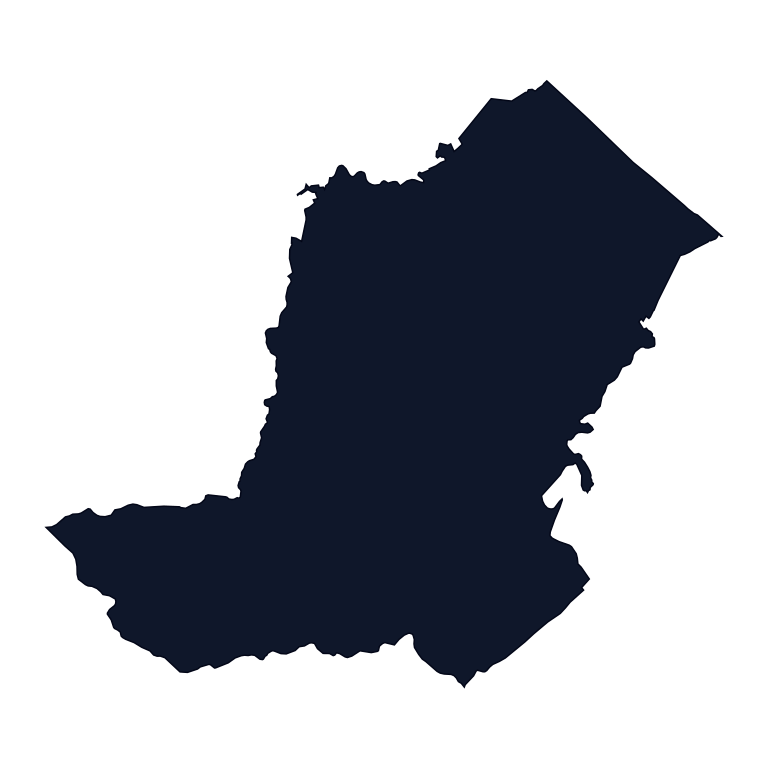 outline of Hai Lang, Quảng Trị, Vietnam
{"feature_id": "81297802B74996211829814", "entity_name": "Hai Lang", "entity_type": "district", "adm_level": 2, "iso_a3": "VNM", "parent_name": "Vietnam", "parent_adm1": "Quảng Trị", "projection": "natural_earth1", "projection_center": [107.247, 16.684], "detail": "fine", "context": "isolated", "style": "filled", "palette": "ink", "viewbox_px": 768, "rotation_deg": 0, "n_neighbors": 0, "source": "geoboundaries", "source_scale": "gbopen_adm2", "svg_char_len": 6099}
<svg xmlns="http://www.w3.org/2000/svg" viewBox="0 0 768 768"><path d="M180.0,671.9L187.5,672.4L197.6,669.0L200.3,666.9L208.7,664.4L210.3,664.6L214.5,668.0L215.6,667.9L228.3,662.8L235.2,657.9L241.3,655.7L244.5,655.2L248.1,655.5L251.4,654.9L254.7,655.3L259.9,659.2L262.5,659.6L263.4,659.1L265.1,656.2L266.7,655.3L267.8,653.3L271.2,651.2L272.6,650.7L274.2,651.0L280.9,653.6L286.2,653.9L295.2,650.5L299.2,646.7L304.5,645.9L309.3,643.1L311.6,642.8L314.5,643.4L317.5,648.7L323.1,653.4L329.6,653.5L333.2,655.6L334.7,655.1L336.5,652.8L339.7,653.6L345.1,656.9L347.4,657.5L351.8,656.1L360.0,650.8L371.3,652.6L377.3,651.4L378.4,650.7L379.3,646.6L379.8,645.8L382.7,643.4L384.9,642.6L394.4,644.9L399.0,639.4L404.3,635.1L408.3,633.3L409.8,633.2L412.1,634.0L413.1,635.2L414.3,639.5L414.0,643.9L414.5,647.5L418.7,654.4L422.3,659.1L426.0,661.7L437.1,671.4L440.2,673.1L444.1,674.0L451.1,674.4L454.0,675.6L456.3,677.9L458.4,681.6L461.3,683.3L464.3,687.1L465.2,684.7L473.6,675.8L476.1,671.1L477.4,670.2L483.1,671.8L484.8,671.8L486.7,670.6L489.6,667.1L492.8,664.4L499.4,661.4L505.3,658.0L524.9,641.9L533.7,633.8L547.7,622.0L560.3,613.4L565.5,607.8L570.1,602.2L583.6,590.1L581.6,587.6L589.3,579.0L581.1,567.1L577.9,563.9L577.3,558.1L576.2,553.7L571.5,546.7L569.3,545.2L559.0,541.6L554.2,539.2L552.2,538.1L549.9,535.6L550.3,531.9L554.5,520.0L559.9,507.1L562.3,499.9L562.1,498.9L559.5,501.4L554.4,508.2L552.2,509.0L549.9,508.9L547.4,508.1L544.5,505.0L542.6,501.2L541.5,495.7L560.4,474.7L562.1,471.3L565.4,466.4L567.5,465.2L573.0,464.6L575.2,463.0L576.8,464.3L581.8,475.4L581.5,485.4L583.2,490.0L584.6,490.8L586.3,490.8L587.5,492.6L588.5,490.6L590.0,489.8L590.2,487.5L593.1,484.7L593.3,483.5L591.9,482.2L591.7,479.9L590.8,478.3L590.6,477.3L591.0,475.4L589.9,471.6L587.7,467.3L584.5,462.2L581.6,459.1L581.7,456.1L580.5,454.7L578.5,453.6L575.4,454.4L573.7,454.1L569.0,448.9L567.2,446.1L566.7,444.5L567.1,440.8L568.0,439.8L570.9,439.7L573.1,437.7L575.4,434.4L578.1,432.6L581.8,432.2L587.6,432.9L590.1,432.2L593.2,429.5L592.0,427.1L587.7,423.1L584.9,424.2L580.8,423.7L579.8,422.6L579.4,420.3L582.2,418.4L583.7,416.5L588.0,413.9L590.5,413.2L594.3,413.1L596.0,410.6L600.1,406.2L602.0,396.4L604.9,391.6L607.2,384.6L614.4,380.1L617.3,376.8L622.0,367.2L629.6,364.1L630.6,363.1L632.5,358.7L633.2,354.8L635.1,351.6L640.7,347.2L643.3,346.8L645.7,347.9L648.6,348.0L654.3,346.1L654.8,344.3L654.5,338.8L654.0,337.6L652.0,336.6L652.4,333.9L650.6,331.6L648.2,330.5L646.3,328.2L644.0,329.2L643.4,329.0L638.9,321.9L641.0,318.9L643.2,321.1L646.0,316.2L648.9,318.4L650.3,316.9L653.2,310.9L654.0,310.3L658.1,300.3L680.3,255.5L684.6,254.3L690.0,251.8L694.8,248.6L707.9,242.0L709.4,240.5L710.6,240.8L715.5,238.8L716.9,237.4L718.5,234.4L719.8,235.0L721.0,236.4L721.9,236.3L697.5,215.0L693.9,213.5L687.8,208.8L684.3,205.5L651.6,177.4L633.1,162.4L587.0,117.9L546.8,80.9L544.0,83.5L542.6,85.5L537.9,88.7L536.1,90.6L534.9,91.0L532.2,89.4L528.4,89.8L527.2,92.4L525.4,92.5L511.7,101.1L491.2,98.7L458.9,138.5L461.9,143.6L461.9,144.6L457.6,148.6L454.1,151.5L450.7,143.9L447.9,145.4L440.3,143.4L439.7,143.6L438.3,150.2L436.6,151.3L436.2,156.6L437.5,157.9L440.0,156.0L440.6,156.0L441.5,157.0L444.1,157.2L444.9,158.1L445.6,160.7L440.8,162.6L436.0,165.9L429.2,168.8L429.4,170.0L421.9,173.2L419.6,172.3L418.7,172.8L418.1,174.6L418.3,175.5L423.3,179.6L423.8,180.6L423.6,182.6L420.5,182.1L414.8,179.9L411.8,179.6L406.9,181.0L400.7,185.6L399.8,185.5L397.0,182.0L395.4,181.6L393.0,181.7L388.1,183.2L384.9,181.1L383.7,180.9L382.1,181.8L379.9,184.6L374.7,185.2L372.0,184.7L368.6,182.9L366.9,180.9L366.1,179.4L364.9,174.0L363.9,172.6L361.1,171.6L359.1,171.9L357.3,172.9L354.2,176.2L352.7,176.7L351.3,176.4L349.4,174.8L346.0,168.7L342.9,165.7L341.5,165.4L339.3,166.0L337.7,167.8L335.3,174.4L333.9,176.5L331.6,177.9L329.8,177.8L328.9,182.6L328.4,183.7L325.8,185.8L324.6,189.5L323.3,187.2L319.2,187.6L318.5,185.1L311.3,185.9L309.1,187.7L306.2,184.3L305.0,189.0L297.4,194.4L297.6,195.2L300.5,193.3L301.1,194.2L307.8,189.5L312.2,192.1L316.0,192.5L315.7,193.3L316.0,194.5L317.8,198.6L313.3,199.8L314.7,203.1L309.3,207.4L305.0,209.2L304.7,210.5L306.1,217.0L306.1,220.0L301.6,241.4L296.0,238.2L291.7,237.4L291.5,243.1L292.1,243.0L291.9,244.9L289.8,249.4L289.5,258.4L292.8,272.7L288.1,276.3L289.8,277.8L290.7,279.2L291.3,281.8L287.9,287.5L286.0,296.5L286.2,299.4L287.1,302.4L287.1,304.9L286.6,307.0L281.7,312.7L280.2,316.2L279.1,325.7L278.4,327.4L276.4,328.1L270.3,328.4L267.9,329.3L266.3,330.8L265.4,333.0L266.7,338.5L266.3,342.6L268.5,348.7L269.7,349.4L270.4,351.8L271.5,353.2L276.0,355.7L277.1,358.5L276.2,360.9L276.3,365.9L275.6,369.2L275.9,371.1L277.7,372.9L278.4,375.8L277.7,378.9L276.3,380.5L276.3,386.0L277.6,392.4L276.4,394.6L274.4,396.3L272.3,396.7L270.3,398.6L265.2,399.9L264.7,400.5L264.3,402.4L264.7,404.7L266.8,406.1L269.2,406.6L269.6,409.7L269.0,413.9L267.4,415.2L266.1,418.8L267.3,421.7L267.2,423.0L265.4,424.2L264.6,426.1L260.7,431.8L260.5,432.9L261.6,437.8L260.1,442.5L259.9,445.1L257.1,448.8L256.5,450.2L256.8,451.6L255.2,453.8L256.0,456.7L253.9,459.3L249.4,460.7L247.7,461.8L245.5,464.1L244.2,468.4L241.7,472.3L241.5,475.8L240.1,478.8L240.1,480.9L239.2,481.7L238.1,485.5L238.6,487.7L240.5,489.7L241.0,491.1L240.3,497.1L238.9,498.2L237.2,497.7L234.1,499.3L231.9,499.5L228.9,499.0L226.9,497.2L225.5,496.8L208.1,494.9L205.8,495.8L204.9,499.3L201.7,502.4L199.6,503.7L196.4,504.5L193.0,504.5L185.7,508.3L180.8,507.6L179.5,506.8L163.9,506.2L144.0,507.4L136.9,504.7L132.9,504.1L128.2,505.2L120.8,508.8L114.9,509.9L111.2,515.2L105.1,516.7L100.0,516.4L96.9,515.3L93.0,512.5L90.2,509.1L88.2,508.7L81.3,513.0L78.5,513.9L72.7,514.2L69.5,515.9L65.4,516.9L56.6,524.6L51.9,526.9L46.1,527.4L64.8,545.9L72.9,553.1L75.8,559.2L77.0,566.2L77.2,574.4L78.4,579.2L85.4,584.6L88.1,585.9L92.0,586.3L97.0,588.5L100.7,591.7L103.0,594.5L109.4,595.7L115.3,599.0L115.9,601.6L115.5,604.0L114.5,605.6L109.6,609.5L107.4,613.1L107.4,614.2L111.2,619.8L113.7,627.4L114.6,628.5L117.6,630.0L120.3,632.1L121.2,636.1L122.6,637.5L125.7,639.3L134.1,642.6L141.8,647.3L150.0,650.9L153.6,655.0L157.1,656.2L160.3,656.1L164.9,657.7L180.0,671.9Z" fill="#0f172a" stroke="#020617" stroke-width="1.5"/></svg>